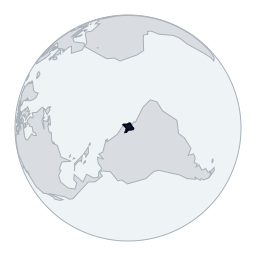 globe centered on Amapá, rotated 286°
{"feature_id": "BRA-681", "entity_name": "Amapá", "entity_type": "State", "adm_level": 1, "iso_a3": "BRA", "parent_name": "Brazil", "parent_adm1": "", "projection": "orthographic", "projection_center": [-52.454, 1.611], "detail": "fine", "context": "on_globe", "style": "filled", "palette": "ink", "viewbox_px": 256, "rotation_deg": 286, "n_neighbors": 0, "source": "natural_earth", "source_scale": "10m", "svg_char_len": 9842}
<svg xmlns="http://www.w3.org/2000/svg" viewBox="0 0 256 256"><g transform="rotate(286 128 128)"><circle cx="128" cy="128" r="113" fill="#eef3f6" stroke="#a8b0b8"/><path d="M90.6,21.8L87.7,23.1L91.5,22.1L91.9,24.7L94.1,23.8L95.7,24.7L98.8,24.0L98.0,25.0L101.2,23.7L101.3,22.9L102.8,22.1L104.7,21.8L103.9,22.9L102.9,23.2L103.7,23.4L102.5,24.2L104.1,23.6L103.0,25.2L106.9,23.2L108.3,24.1L106.8,25.3L103.4,25.8L91.5,30.8L89.0,32.7L88.8,34.8L96.0,37.2L94.7,39.4L95.5,42.0L97.8,40.3L98.0,37.8L102.6,35.7L102.4,33.2L104.2,32.1L105.3,29.6L109.0,29.5L111.9,30.9L111.2,33.1L112.4,33.9L116.3,31.7L117.9,36.0L124.1,39.6L124.1,41.0L118.5,43.4L110.6,43.4L103.4,47.9L112.0,44.7L111.8,48.8L113.4,49.5L115.6,49.3L117.2,47.8L118.0,49.3L109.8,52.7L109.0,51.3L111.6,50.2L107.9,50.4L102.3,53.3L102.7,55.4L93.9,58.6L94.1,60.3L92.3,62.2L92.6,59.2L91.8,64.9L81.6,71.6L80.3,82.6L77.4,74.2L73.7,73.3L69.2,73.6L68.9,75.3L63.3,74.3L57.4,78.2L53.8,87.1L54.7,93.8L61.0,93.9L63.5,90.0L68.5,89.1L63.6,99.6L72.1,101.0L70.5,109.0L72.8,113.1L77.4,112.0L82.0,113.9L85.8,109.2L91.6,106.7L91.3,113.2L94.9,107.2L98.0,110.4L109.9,110.1L108.9,111.6L118.8,119.4L130.2,122.9L132.9,127.8L131.5,130.7L135.5,131.6L135.6,133.6L152.3,136.7L161.2,141.7L161.1,148.6L154.1,156.4L148.8,172.9L136.6,178.2L134.1,184.8L125.8,194.2L118.3,193.4L121.2,198.1L117.6,200.9L112.9,201.0L112.8,204.3L109.4,204.3L112.2,206.4L107.8,210.5L110.4,213.9L107.5,217.1L109.4,219.0L107.8,218.9L106.6,219.6L106.9,220.7L101.6,218.8L98.8,214.5L99.6,212.3L97.6,211.9L99.2,206.1L97.4,207.3L95.6,198.4L97.1,190.9L95.8,168.9L93.0,164.5L84.4,159.3L74.1,142.8L76.4,136.0L74.3,132.9L81.1,123.3L79.6,114.5L77.3,113.3L74.8,116.6L67.2,111.2L65.1,104.6L44.8,94.6L43.4,91.4L44.4,86.1L43.2,69.9L41.2,85.3L39.6,82.3L39.5,76.9L40.9,75.5L42.5,67.7L41.9,65.0L46.3,55.9L56.5,44.7L55.9,46.3L58.4,43.7L59.3,41.8L59.3,41.2L69.1,32.6L72.8,29.8L81.5,25.4L90.6,21.8ZM79.1,86.4L88.9,91.7L82.7,92.4L84.0,91.4L81.7,89.2L77.1,87.2L71.8,88.5L79.1,86.4ZM84.8,80.2L83.1,79.8L84.9,79.7L84.8,80.2ZM58.9,41.3L59.1,42.0L57.4,44.3L57.0,43.9L58.9,41.3ZM62.4,37.4L63.1,37.1L60.3,39.4L60.7,38.8L62.4,37.4ZM103.3,29.9L104.3,29.8L103.5,30.3L103.3,29.9ZM102.8,29.0L101.2,29.7L100.8,29.4L101.7,29.0L102.8,29.0ZM104.9,28.3L100.1,28.8L99.4,28.4L102.5,26.4L104.9,28.3ZM100.6,22.8L100.5,23.6L98.9,23.4L100.6,22.8ZM99.2,22.9L92.0,23.8L93.1,22.7L95.2,22.5L95.2,21.6L99.3,20.6L100.2,20.8L98.7,21.7L101.4,20.7L99.2,22.9ZM103.3,21.8L101.7,22.0L102.5,21.0L105.8,20.5L104.5,21.0L103.3,21.8ZM93.2,21.9L94.4,21.3L98.0,20.2L98.9,19.9L99.4,20.5L93.2,21.9ZM105.2,21.0L107.4,20.3L108.7,20.5L104.8,21.6L105.2,21.0ZM101.4,21.0L101.9,20.6L102.7,20.6L101.4,21.0ZM114.6,21.3L112.7,21.3L113.0,20.7L114.6,21.3ZM108.1,20.1L107.6,20.0L107.5,19.9L109.2,19.5L108.1,20.1ZM101.9,19.8L103.2,19.6L101.9,19.5L104.5,18.9L104.4,19.4L105.6,18.9L106.4,18.8L105.4,19.5L101.9,19.8ZM110.5,18.7L111.3,19.6L114.7,19.6L114.5,20.0L109.1,20.0L110.5,18.7ZM107.6,19.1L109.4,18.9L108.3,19.4L106.4,19.9L107.6,19.1ZM106.4,18.3L102.4,19.1L102.5,18.9L106.4,18.3ZM111.7,18.6L111.5,18.4L112.1,18.5L111.7,18.6ZM108.3,18.2L106.8,18.5L107.1,18.3L108.3,18.2ZM112.3,17.9L112.5,18.2L111.3,18.4L112.3,17.9ZM110.6,18.0L111.3,17.7L110.7,18.4L109.9,18.1L110.6,18.0ZM108.7,18.0L108.4,18.0L109.3,18.0L108.7,18.0ZM117.0,17.1L116.5,17.8L113.7,18.3L114.6,17.4L117.0,17.1ZM110.8,222.6L102.3,219.5L106.9,220.9L109.0,219.3L113.8,221.7L110.8,222.6ZM117.4,218.5L120.5,217.6L121.5,218.1L119.7,218.9L117.4,218.5ZM209.0,49.8L207.3,48.1L204.4,45.2L205.8,46.7L207.5,48.3L208.4,49.4L206.9,48.1L205.9,47.1L204.9,46.5L209.7,52.2L212.0,54.4L211.1,55.9L214.7,59.8L215.5,61.8L209.7,56.0L208.0,53.8L199.6,48.3L201.3,50.6L209.4,56.2L208.2,55.8L210.6,59.6L207.9,56.5L198.7,50.4L195.9,52.4L197.5,62.4L194.8,63.6L190.1,62.3L184.2,52.9L191.0,51.2L189.0,48.4L183.1,44.8L185.7,44.8L184.1,43.3L186.3,42.8L184.8,39.0L186.3,38.4L181.5,34.3L181.6,33.6L184.4,36.1L187.2,37.7L190.4,37.0L189.7,36.1L186.3,33.6L187.6,33.9L183.9,31.7L183.7,30.7L180.9,30.2L176.8,27.9L174.3,26.1L172.5,25.4L176.6,28.4L178.6,29.7L181.2,30.9L186.4,35.2L186.2,36.1L178.9,31.7L177.9,32.8L172.6,29.4L164.9,22.7L163.8,21.6L171.1,23.9L173.8,25.1L172.5,24.7L177.6,26.9L175.3,25.8L176.4,26.3L174.2,25.3L181.8,29.1L189.2,33.4L196.2,38.4L202.8,43.8L209.0,49.8ZM231.5,83.5L227.3,75.2L226.1,72.9L225.9,72.7L225.7,72.2L227.6,75.9L225.3,72.2L232.4,85.9L234.7,92.1L235.1,93.2L237.3,100.8L238.9,108.5L240.0,116.4L240.6,124.3L240.6,132.2L240.0,140.1L238.9,148.0L237.2,155.7L235.0,163.3L233.9,166.3L230.7,174.1L229.1,177.1L226.8,181.6L223.6,186.6L219.5,191.4L216.1,192.0L218.5,188.0L220.8,180.3L225.1,161.6L228.7,152.7L229.5,146.1L226.7,131.7L227.5,123.4L226.1,120.2L223.6,121.3L221.7,117.4L219.9,117.5L206.7,121.7L201.0,116.9L190.2,101.9L191.4,95.4L188.7,88.4L194.3,64.0L198.8,64.8L207.0,60.9L208.7,61.5L211.3,66.6L220.3,72.1L219.0,67.7L223.6,70.6L224.4,70.2L218.3,60.8L217.0,61.2L213.3,56.9L211.5,52.8L212.0,53.0L217.8,60.0L223.0,67.4L227.6,75.3L231.5,83.5ZM196.3,75.7L197.0,77.7L197.0,77.8L196.3,75.7ZM110.3,110.0L111.6,111.3L109.7,111.3L110.3,110.0ZM81.6,95.1L83.8,95.2L84.8,96.2L83.1,96.5L81.6,95.1ZM101.0,95.1L103.7,95.7L100.8,96.2L101.0,95.1ZM90.5,92.4L98.8,95.0L93.1,96.8L87.9,95.4L91.7,94.8L90.5,92.4ZM83.2,83.8L84.5,84.2L83.9,85.3L83.2,83.8ZM86.2,80.2L85.6,80.3L85.1,79.4L86.2,80.2ZM112.3,48.6L112.9,48.4L115.1,48.6L113.8,49.2L112.3,48.6ZM126.3,45.7L127.2,48.3L125.6,46.8L124.0,48.0L118.8,46.6L123.8,41.7L122.5,44.0L126.3,45.7ZM113.3,43.8L116.0,44.9L112.8,43.9L113.3,43.8ZM173.4,36.9L175.6,37.5L176.9,39.2L175.0,40.9L173.1,38.4L173.4,36.9ZM178.4,38.1L171.6,33.9L172.5,32.9L173.2,34.1L174.5,33.9L175.8,35.8L183.3,39.5L184.9,41.3L180.5,42.9L181.0,41.3L178.9,40.6L178.4,38.1ZM152.8,27.6L149.9,26.6L155.7,25.8L157.7,26.9L156.0,28.4L152.5,28.0L152.8,27.6ZM111.3,25.1L109.8,25.4L110.0,25.0L111.4,24.5L111.3,25.1ZM113.7,21.3L118.0,23.8L116.5,24.2L120.8,25.7L118.5,27.3L115.8,26.2L117.3,28.7L114.0,28.4L115.4,30.1L109.7,27.5L106.7,27.5L110.8,26.8L113.0,25.3L113.0,24.7L110.9,23.0L105.7,22.8L107.0,21.5L109.3,20.7L110.7,20.6L109.4,21.4L112.3,20.7L111.6,21.7L113.7,21.3ZM135.5,16.7L133.4,16.8L139.0,17.1L138.3,17.5L139.0,17.5L139.9,18.1L142.2,18.9L141.3,19.1L142.6,19.3L143.2,19.9L144.6,20.3L143.6,20.9L145.3,21.6L143.9,21.6L147.0,22.7L144.2,22.2L144.8,23.0L147.2,23.0L138.2,26.9L136.7,29.4L136.9,32.0L132.0,31.2L128.7,28.5L126.8,25.4L129.1,23.3L126.5,23.6L126.8,22.7L128.7,22.9L125.9,22.1L126.7,21.5L125.0,19.8L120.5,19.5L119.8,19.0L121.9,18.8L119.7,18.5L123.2,17.9L122.8,17.6L125.9,16.9L130.3,17.0L129.4,16.7L131.7,16.4L135.5,16.7ZM118.0,16.9L123.4,16.5L125.6,16.7L119.4,17.9L119.3,18.2L115.3,19.3L112.1,19.1L113.6,18.8L114.2,18.4L114.9,18.6L114.8,18.2L116.8,17.8L117.2,17.5L118.8,17.4L118.0,16.9ZM208.3,59.5L209.2,59.6L210.0,59.3L211.6,61.8L208.3,59.5ZM202.1,55.4L202.6,55.0L205.2,58.0L204.3,58.1L202.1,55.4ZM200.6,52.3L202.4,54.7L200.9,53.4L200.6,52.3ZM184.6,35.7L184.8,35.3L185.7,35.8L186.6,36.8L184.6,35.7ZM152.1,18.6L150.5,18.4L150.0,18.2L146.0,17.5L146.2,17.3L148.7,17.7L152.1,18.6ZM219.4,62.5L220.5,64.3L219.8,63.5L219.5,63.0L219.4,62.5ZM216.8,62.9L218.4,63.9L217.2,63.6L216.8,62.9ZM151.6,18.3L150.0,17.9L151.1,18.1L151.6,18.3ZM146.2,17.1L147.1,17.2L145.8,17.2L146.2,17.1ZM147.0,17.0L146.3,16.9L146.0,16.8L147.0,17.0Z" fill="#d9dde1" stroke="#a8b0b8" stroke-width="1"/><path d="M123.5,126.3L123.6,126.5L123.8,126.6L124.0,126.8L124.3,126.9L124.6,126.9L124.7,127.0L124.8,127.0L124.8,126.9L125.0,126.9L125.1,126.7L125.3,126.6L125.5,126.5L125.8,126.7L126.0,126.7L126.3,126.5L126.5,126.7L126.5,126.8L126.4,126.8L126.7,126.8L126.8,126.9L127.0,126.9L127.2,126.7L127.3,126.7L127.5,126.5L127.6,126.4L127.7,126.2L127.8,126.1L127.8,125.9L128.0,125.5L128.1,125.4L128.2,125.1L128.3,124.9L128.7,124.3L128.9,124.1L128.9,123.9L129.0,123.8L129.0,123.7L129.3,123.5L129.3,123.3L129.5,123.2L129.7,122.9L129.8,122.9L129.8,123.0L130.0,123.4L129.9,123.1L129.8,122.8L129.8,122.6L129.8,122.4L130.1,122.6L130.3,122.8L130.4,123.0L130.5,123.1L130.5,123.3L130.5,123.7L130.5,123.9L130.5,124.0L130.5,123.8L130.6,123.6L130.7,123.8L130.7,124.3L130.7,124.5L130.8,124.8L130.8,125.0L130.9,125.4L131.0,125.5L131.1,125.8L131.2,126.1L131.2,126.3L131.2,126.2L131.3,126.3L131.4,126.5L131.4,126.8L131.5,126.8L131.4,127.0L131.3,126.9L131.3,127.0L131.5,127.0L131.7,127.3L131.8,127.4L131.8,127.5L132.0,127.6L132.3,127.6L132.5,127.6L132.8,127.7L132.9,127.8L133.0,127.8L133.0,128.0L133.1,128.4L133.1,128.5L132.9,128.7L132.6,128.8L132.8,128.8L133.0,128.8L132.9,129.0L132.7,129.2L132.5,129.3L132.3,129.5L132.2,129.6L131.9,129.9L131.8,130.1L131.6,130.4L131.5,130.6L131.3,130.8L131.1,130.8L130.9,130.9L130.8,131.0L130.7,131.2L130.5,131.3L130.4,131.3L130.2,131.3L130.3,131.4L130.2,131.6L130.1,131.8L130.0,132.0L129.9,132.2L129.7,132.2L129.8,132.2L129.7,132.3L129.8,132.3L129.8,132.2L129.8,132.3L129.7,132.4L129.6,132.5L129.4,132.9L129.5,133.1L129.4,133.2L129.3,133.3L129.2,133.4L128.9,133.4L128.9,133.5L128.7,133.5L128.7,133.4L128.4,133.4L128.2,133.3L128.2,133.2L128.1,132.9L127.9,132.9L127.9,132.7L127.9,132.4L127.7,132.4L127.6,132.2L127.7,131.9L127.3,131.6L127.2,131.6L127.0,131.2L126.9,131.2L126.9,130.9L126.8,130.7L126.7,130.4L126.7,130.2L126.7,129.9L126.7,129.7L126.4,129.6L126.2,129.4L126.1,129.2L126.0,128.9L126.1,128.7L125.9,128.7L125.7,128.5L125.6,128.4L125.4,128.4L125.2,128.4L125.0,128.2L124.9,128.2L124.7,128.0L124.8,128.0L124.7,128.0L124.7,127.9L124.4,127.8L124.3,127.7L124.2,127.7L123.9,127.7L123.6,127.7L123.5,127.3L123.4,127.2L123.5,127.1L123.4,127.0L123.4,126.9L123.5,126.9L123.6,126.7L123.5,126.4L123.4,126.3L123.5,126.3ZM131.9,127.0L132.0,127.0L132.2,127.3L132.1,127.5L131.9,127.5L131.9,127.3L131.8,127.2L131.9,127.0ZM132.6,129.7L132.3,129.7L132.5,129.4L132.8,129.4L132.7,129.6L132.6,129.7ZM132.7,129.3L132.7,129.2L132.8,129.2L133.0,129.1L132.9,129.2L132.8,129.3L132.7,129.3ZM131.8,127.0L131.7,126.9L131.8,126.9L132.0,126.9L132.0,127.0L131.9,127.0L131.8,127.0Z" fill="#0f172a" stroke="#020617" stroke-width="1.5"/></g></svg>